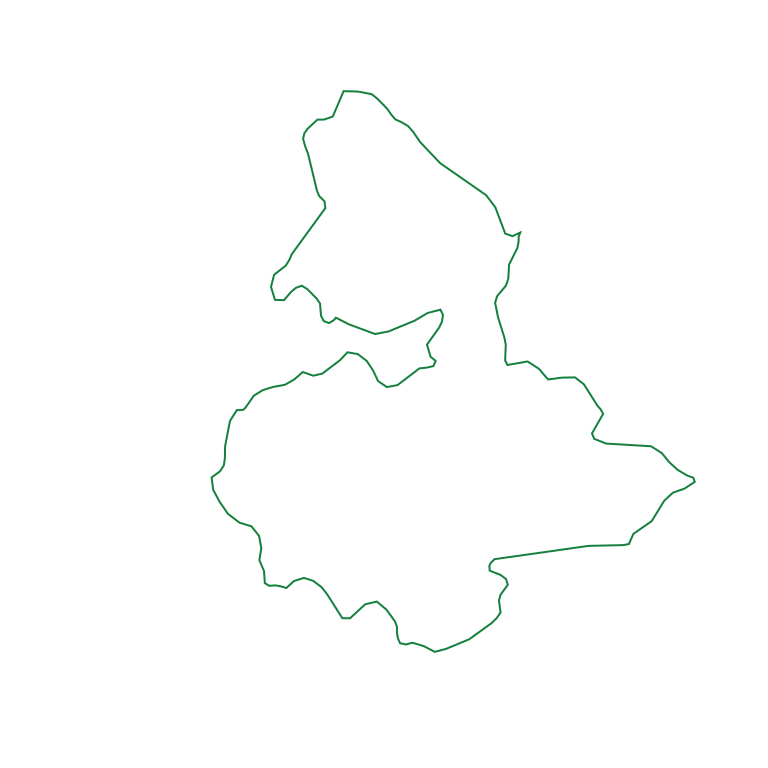 Bauchi, Albers equal-area conic projection, rotated 327°
{"feature_id": "NGA-2858", "entity_name": "Bauchi", "entity_type": "State", "adm_level": 1, "iso_a3": "NGA", "parent_name": "Nigeria", "parent_adm1": "", "projection": "albers", "projection_center": [9.972, 11.0], "detail": "fine", "context": "isolated", "style": "outline", "palette": "green", "viewbox_px": 768, "rotation_deg": 327, "n_neighbors": 0, "source": "natural_earth", "source_scale": "10m", "svg_char_len": 2278}
<svg xmlns="http://www.w3.org/2000/svg" viewBox="0 0 768 768"><g transform="rotate(327 384 384)"><path d="M579.1,635.4L567.0,632.5L555.5,634.5L533.8,644.8L511.6,645.5L502.2,651.6L496.7,649.3L467.3,631.1L381.3,591.1L375.8,592.3L373.3,593.9L371.0,598.1L377.8,607.7L380.1,614.0L378.5,619.8L367.0,624.2L362.5,628.2L357.3,639.1L351.0,641.7L344.2,643.1L316.4,644.5L291.6,639.9L280.7,636.3L274.7,625.6L266.9,616.4L260.5,614.4L256.3,610.1L257.2,604.6L259.5,599.5L262.6,594.7L263.9,589.4L263.2,574.8L259.5,562.6L248.3,558.5L227.9,562.0L221.5,557.7L221.8,529.2L221.0,520.5L217.5,510.7L211.3,503.0L201.0,500.2L191.0,501.9L187.3,497.5L183.2,493.7L177.9,490.8L175.6,486.1L181.5,475.6L183.5,463.9L191.5,455.1L196.5,443.4L195.3,431.2L187.3,421.6L182.4,408.0L182.0,393.1L183.1,379.8L188.5,368.5L198.9,367.9L205.2,365.1L209.9,359.9L216.8,349.7L234.7,331.1L246.4,325.7L249.0,327.5L252.0,329.0L255.2,328.3L268.4,322.9L279.1,323.1L289.5,326.1L300.4,330.7L311.5,331.3L322.4,329.7L329.2,338.5L338.0,341.7L360.6,340.0L370.6,337.5L378.3,344.6L382.1,355.3L382.2,366.8L380.6,378.3L384.7,388.1L394.7,392.3L422.2,390.2L428.3,393.3L435.1,395.9L439.9,392.8L437.9,386.4L441.5,374.4L460.8,366.8L466.8,363.1L471.1,358.1L471.8,352.4L459.3,348.2L444.4,347.6L416.5,342.4L403.8,337.3L387.1,314.9L379.8,302.2L376.8,303.1L371.1,303.0L367.7,298.3L368.4,292.4L374.2,281.6L374.0,275.4L371.4,262.7L368.6,256.8L362.6,255.4L356.4,256.1L345.8,259.2L338.4,254.1L342.1,241.0L351.4,232.5L366.1,231.2L371.9,228.5L377.6,224.8L430.7,204.5L433.6,198.4L432.0,191.1L433.1,185.3L445.6,149.8L447.3,141.9L449.7,134.3L453.7,130.4L459.1,128.3L472.2,126.0L477.5,129.5L486.7,131.8L509.6,116.4L521.5,124.6L531.5,134.2L533.8,141.0L536.6,155.0L536.8,162.2L537.7,168.4L541.3,174.0L544.7,180.9L545.8,188.6L546.1,201.0L551.4,229.5L572.5,281.3L573.6,296.4L567.6,323.9L572.3,330.0L580.7,331.2L577.2,333.8L574.4,337.9L570.2,342.4L553.9,352.0L545.5,363.5L539.8,367.9L526.6,372.0L521.4,376.5L516.1,389.8L510.2,410.8L507.5,417.4L498.4,430.3L497.9,435.3L516.7,443.3L522.2,455.6L524.1,469.6L536.6,475.5L547.8,482.5L551.5,493.2L551.2,517.9L551.9,523.3L551.5,528.4L531.5,538.7L530.5,544.6L537.8,554.9L574.1,581.7L579.4,593.4L580.6,604.9L583.5,615.9L588.5,626.1L592.4,631.1L591.3,635.3L579.1,635.4Z" fill="none" stroke="#15803d" stroke-width="2"/></g></svg>